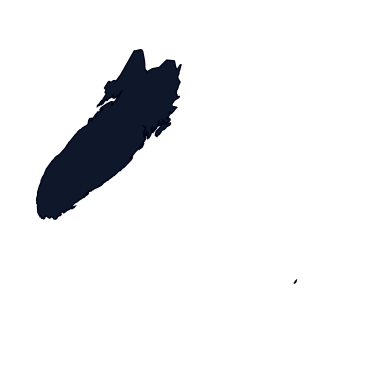 the Region of Murmansk, rotated 122°
{"feature_id": "RUS-2333", "entity_name": "Murmansk", "entity_type": "Region", "adm_level": 1, "iso_a3": "RUS", "parent_name": "Russia", "parent_adm1": "", "projection": "robinson", "projection_center": [34.347, 73.115], "detail": "fine", "context": "isolated", "style": "filled", "palette": "ink", "viewbox_px": 384, "rotation_deg": 122, "n_neighbors": 0, "source": "natural_earth", "source_scale": "10m", "svg_char_len": 6115}
<svg xmlns="http://www.w3.org/2000/svg" viewBox="0 0 384 384"><g transform="rotate(122 192 192)"><path d="M90.6,269.3L90.1,269.0L90.1,268.6L90.8,268.6L94.9,267.2L96.8,266.8L99.0,265.8L101.3,265.5L102.1,265.1L103.2,264.1L104.2,262.4L104.8,260.8L105.5,260.3L109.0,260.0L111.3,259.1L114.4,258.9L117.1,257.4L117.3,257.1L117.7,256.0L118.5,255.6L118.9,254.9L118.6,253.9L117.2,253.4L118.9,253.3L123.2,255.4L126.9,255.7L128.4,255.6L129.1,255.2L129.6,254.5L129.7,252.6L129.0,252.0L128.9,251.2L128.4,250.6L128.4,249.8L131.3,250.4L132.9,250.4L134.1,250.8L135.2,250.8L137.1,251.7L137.0,252.3L136.5,252.6L136.3,253.0L135.3,253.8L136.2,253.5L138.2,252.1L138.8,252.2L139.4,252.0L143.3,252.3L143.1,251.9L141.6,251.2L142.0,250.5L141.8,249.4L142.5,248.8L143.9,248.8L145.7,249.6L146.7,250.3L147.1,250.4L147.8,250.1L147.7,249.6L146.0,248.4L146.0,247.8L145.0,247.1L145.4,246.5L145.7,246.4L147.1,246.5L150.4,248.3L151.8,248.3L153.8,248.9L154.3,249.3L154.0,249.5L154.3,249.9L155.8,250.3L157.4,250.1L160.4,250.3L162.3,251.2L163.4,251.1L163.6,251.4L163.3,252.5L163.4,252.8L163.2,253.1L162.1,253.7L159.6,254.4L152.9,253.0L151.9,253.2L148.8,252.9L148.6,252.7L149.0,251.9L148.9,251.4L148.5,250.9L147.9,250.9L148.0,251.8L147.7,252.5L147.1,252.8L145.7,253.0L147.0,253.3L147.1,253.7L146.4,254.5L146.4,254.8L147.3,254.3L148.2,254.1L150.6,254.6L152.3,254.4L152.8,254.8L152.2,255.4L153.9,255.8L153.6,256.1L152.6,256.1L151.7,256.8L149.1,257.5L149.8,257.8L150.5,257.6L152.6,256.9L153.1,256.3L154.2,256.4L154.4,256.0L155.4,256.5L156.7,256.1L160.0,256.5L158.3,257.3L158.0,257.9L159.9,256.9L162.8,256.6L159.4,258.9L158.5,260.2L158.8,260.3L159.9,260.0L160.8,258.7L161.3,258.4L166.4,257.2L167.1,257.5L168.4,257.2L169.6,257.6L169.3,258.1L167.9,258.8L169.2,258.6L167.3,260.1L165.5,260.5L165.1,260.9L166.2,260.6L168.4,260.5L168.8,260.9L166.4,261.5L166.1,261.8L167.8,261.8L167.8,262.2L169.4,261.8L169.9,262.2L169.4,262.7L166.4,264.0L162.4,264.8L161.8,265.3L161.7,265.7L161.6,267.0L161.8,267.5L162.4,265.3L163.2,265.0L164.9,264.9L168.1,264.3L168.5,263.6L170.2,262.7L170.4,262.4L170.2,261.5L170.4,261.2L170.2,260.9L170.3,260.2L171.1,259.7L172.7,259.5L172.9,259.8L172.7,260.2L173.5,259.9L175.0,260.1L174.7,259.5L183.4,260.1L183.3,260.4L183.9,260.6L186.3,260.9L187.2,261.3L192.1,261.8L191.7,262.5L192.0,262.5L192.9,261.9L193.8,261.8L194.6,262.1L194.6,262.5L195.0,262.8L196.5,262.1L196.2,261.6L194.7,260.9L195.2,260.7L197.5,260.8L207.4,262.9L208.8,263.9L209.4,263.8L211.8,264.2L212.2,264.5L212.0,264.9L212.8,265.3L216.0,265.9L219.3,266.9L219.8,267.5L221.0,267.7L223.7,268.7L224.2,269.1L226.8,269.7L227.3,270.5L229.1,270.9L230.6,271.8L234.2,272.5L238.4,274.8L239.9,276.0L240.3,276.7L242.1,277.0L242.5,277.2L242.7,277.7L244.5,278.1L244.8,278.6L245.5,279.0L245.5,280.1L246.0,280.2L246.3,279.8L250.6,281.2L251.4,281.2L247.4,279.7L247.8,279.4L248.6,279.8L249.0,279.7L248.7,279.3L249.4,279.3L251.8,280.4L253.9,280.8L254.3,281.3L254.0,281.5L254.4,281.7L255.6,282.0L259.1,283.7L260.8,284.1L263.4,285.7L266.9,286.3L268.7,286.3L268.8,286.1L267.7,284.8L266.3,283.7L267.6,283.8L268.8,284.6L269.5,284.7L270.1,285.9L271.0,286.8L271.9,287.0L273.4,288.1L275.7,289.0L275.9,289.3L276.6,289.2L277.6,289.8L277.7,290.0L277.5,290.3L276.2,290.5L277.2,291.4L278.6,292.2L279.2,292.4L279.7,292.3L280.1,291.7L280.1,291.2L281.5,291.1L282.0,291.8L283.9,292.9L285.8,292.8L286.5,292.9L287.3,293.5L287.9,294.4L287.9,295.1L287.0,296.3L287.4,296.9L287.3,298.3L288.7,298.4L289.7,299.2L289.6,300.0L289.6,301.6L289.3,302.7L289.8,303.1L291.4,303.6L292.4,303.1L293.0,303.3L293.4,303.8L293.0,304.7L293.9,305.4L293.8,305.7L293.2,306.2L293.2,307.0L293.5,307.7L293.1,308.0L292.3,307.9L292.1,308.2L292.7,308.8L292.7,309.0L290.9,311.9L286.9,314.8L284.3,316.3L283.9,316.9L283.9,317.5L283.7,317.8L282.1,318.4L281.5,319.3L280.6,319.6L279.7,320.3L277.5,320.8L275.2,321.9L274.0,322.7L268.0,324.4L264.2,325.0L262.3,325.9L257.9,326.6L256.4,326.4L249.7,327.6L239.7,326.9L238.0,326.4L235.3,326.2L233.5,325.7L231.8,324.7L229.1,323.9L222.9,322.8L220.7,322.6L218.9,322.7L217.1,322.5L215.2,322.6L213.1,322.1L205.0,321.2L203.5,320.7L201.6,320.7L198.8,320.0L197.7,319.2L195.6,318.7L190.9,316.3L189.6,316.0L185.8,317.5L184.4,317.6L183.7,317.4L182.5,315.7L183.0,315.3L184.8,315.5L185.1,315.3L185.1,315.1L184.6,315.1L184.3,315.3L180.2,314.8L179.6,314.5L178.9,314.8L178.3,314.8L178.9,314.2L179.4,313.5L179.3,312.9L179.0,312.7L178.5,313.6L177.9,314.2L175.9,314.5L175.0,313.9L174.7,313.9L174.5,314.3L174.1,314.3L173.0,312.8L171.5,312.0L171.1,312.1L170.3,311.5L170.2,311.7L170.5,312.3L169.2,311.5L169.2,312.1L170.8,313.2L169.2,312.5L170.0,313.3L168.7,312.8L169.8,313.6L168.6,313.6L162.5,310.9L158.5,308.5L157.9,307.8L157.8,307.0L158.1,306.7L160.5,306.1L159.9,305.9L157.4,306.1L155.2,305.2L152.3,305.2L151.2,304.7L146.3,305.0L143.7,304.5L142.8,304.8L144.0,304.8L143.8,305.4L146.6,305.5L148.4,305.2L149.3,305.4L150.8,306.5L149.7,306.4L150.1,306.7L151.7,306.9L153.1,307.3L153.8,308.0L153.8,308.5L153.1,309.0L151.3,308.9L152.9,309.4L152.6,309.5L152.6,309.8L151.7,310.3L153.7,310.4L155.8,311.5L155.6,311.9L156.2,312.2L159.2,312.5L159.8,313.3L157.2,313.3L160.5,314.4L163.8,314.4L165.8,315.1L166.0,315.3L165.9,315.7L163.4,315.2L162.8,315.2L162.3,316.0L161.4,316.4L159.9,316.2L158.7,316.3L159.0,316.6L154.4,316.6L154.0,316.8L153.7,318.2L153.5,318.5L150.6,319.0L150.3,321.1L150.1,321.3L143.2,321.3L142.5,321.1L142.1,320.7L142.0,319.1L141.7,318.5L139.3,317.6L138.6,316.7L138.3,315.5L137.9,315.1L130.2,314.5L102.9,315.7L102.3,314.6L98.8,311.3L98.2,309.9L99.1,308.2L104.5,303.2L105.5,302.5L106.0,301.8L112.4,297.4L113.2,296.1L113.5,294.2L114.0,293.8L108.5,290.9L103.7,285.7L93.8,283.4L93.4,283.0L90.5,277.1L90.3,276.3L94.7,272.2L96.1,269.9L95.0,269.3L90.6,269.3ZM176.7,258.6L180.3,258.1L183.2,259.2L182.8,259.4L177.4,259.2L176.6,258.9L176.7,258.6ZM161.6,316.8L162.5,316.8L162.3,316.6L162.5,316.4L164.1,316.3L164.4,316.2L164.4,315.9L165.0,315.9L167.6,316.4L168.3,317.2L169.4,317.6L168.8,317.9L163.9,316.7L163.3,316.9L163.8,317.2L163.5,317.2L161.6,316.8ZM212.0,56.7L212.8,56.4L215.5,56.8L214.6,56.9L212.7,56.9L212.0,56.7ZM150.8,305.1L151.6,305.5L151.4,305.9L150.5,305.4L150.8,305.1Z" fill="#0f172a" stroke="#020617" stroke-width="1.5"/></g></svg>